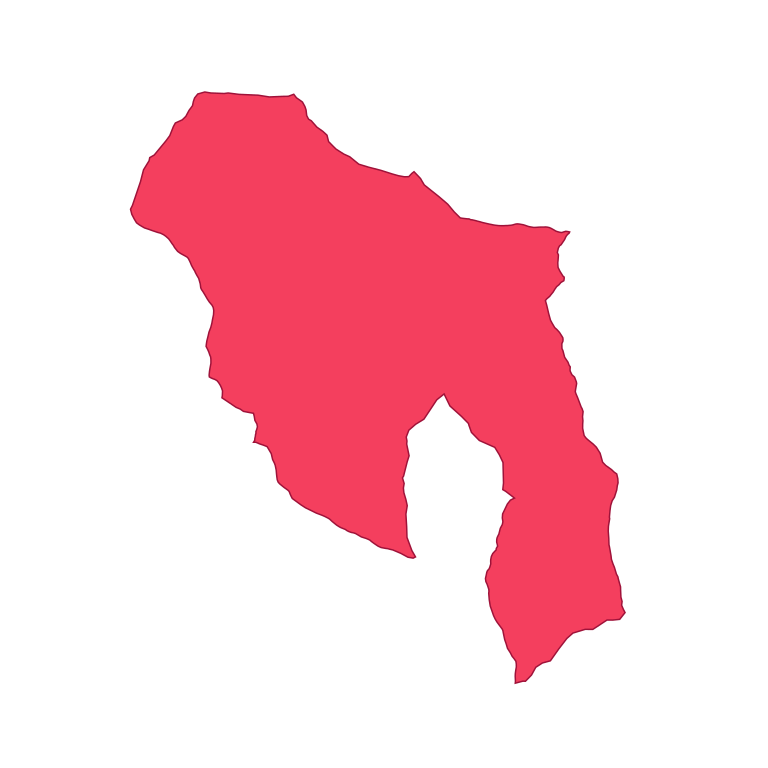 the district of Shapa, Paro, Bhutan, rotated 283°
{"feature_id": "84629894B81058268948150", "entity_name": "Shapa", "entity_type": "district", "adm_level": 2, "iso_a3": "BTN", "parent_name": "Bhutan", "parent_adm1": "Paro", "projection": "natural_earth1", "projection_center": [89.46, 27.36], "detail": "fine", "context": "isolated", "style": "filled", "palette": "rose", "viewbox_px": 768, "rotation_deg": 283, "n_neighbors": 0, "source": "geoboundaries", "source_scale": "gbopen_adm2", "svg_char_len": 6156}
<svg xmlns="http://www.w3.org/2000/svg" viewBox="0 0 768 768"><g transform="rotate(283 384 384)"><path d="M597.6,365.5L595.4,363.7L591.6,361.5L590.5,357.3L590.2,351.3L590.5,344.9L591.5,332.7L591.8,320.2L592.5,310.0L597.7,299.5L599.0,293.1L602.1,284.4L604.2,281.0L607.7,275.5L613.6,272.5L616.4,267.6L619.2,260.8L624.1,254.0L625.1,250.9L628.2,248.3L633.5,246.4L636.6,244.5L640.4,241.1L643.2,234.3L646.0,230.9L642.8,226.0L641.4,220.4L637.9,207.7L637.1,196.4L635.7,188.9L633.6,177.6L632.5,166.7L631.1,162.9L628.6,149.8L628.2,143.7L624.7,137.3L620.1,135.1L616.6,134.7L612.1,134.8L606.8,132.5L600.2,130.7L596.0,128.0L591.4,122.0L587.6,120.9L577.8,119.4L571.8,116.8L560.6,111.2L555.4,108.6L551.9,104.8L548.7,104.9L538.6,101.5L526.3,101.2L512.3,99.8L501.4,98.7L497.3,97.7L492.6,100.1L488.6,103.5L485.4,106.6L484.0,109.8L483.0,112.9L482.2,115.5L481.8,120.1L481.4,123.2L480.8,129.2L480.7,132.3L479.9,135.6L478.9,138.1L477.1,141.4L475.6,143.2L473.0,146.0L471.6,147.7L469.9,149.2L466.8,153.1L465.5,156.2L464.7,159.0L463.9,161.9L463.3,163.7L462.3,165.1L460.5,166.6L458.5,168.2L456.6,169.5L455.3,170.6L453.1,172.6L451.4,174.3L450.2,175.1L447.5,177.5L445.2,179.7L440.3,182.4L436.5,183.8L434.9,185.0L433.4,186.7L430.0,190.0L426.9,192.9L424.4,195.6L422.1,198.7L420.1,200.4L417.2,201.6L413.1,202.3L408.1,202.4L404.7,202.6L400.3,202.5L395.2,201.8L391.1,201.8L386.0,201.7L383.3,201.9L380.6,202.2L378.0,204.4L375.6,206.2L373.1,207.7L371.5,208.9L369.4,209.7L367.4,210.2L365.2,210.7L360.5,210.9L357.2,211.1L353.3,211.6L351.6,212.2L351.0,214.2L350.7,215.8L350.4,218.2L349.7,220.5L348.2,222.5L345.9,224.8L343.6,226.6L341.0,228.2L338.9,228.6L336.2,229.1L334.1,229.2L330.7,238.1L328.0,245.1L327.2,249.6L325.7,253.2L325.9,259.1L326.1,263.4L323.4,264.8L319.5,266.4L316.4,269.2L313.8,270.3L311.1,270.2L308.8,269.9L307.3,270.3L305.6,270.2L304.2,270.4L302.0,270.4L300.0,270.7L297.9,270.0L298.4,272.2L298.0,274.6L297.7,276.0L297.3,280.2L296.7,284.2L292.9,287.8L290.8,289.8L285.3,292.5L282.4,294.9L280.3,296.3L275.9,298.3L272.5,299.4L269.6,300.4L266.7,301.5L264.5,303.0L263.2,304.9L261.8,307.7L260.6,310.2L259.8,312.2L258.8,314.5L257.9,315.8L255.1,317.7L253.2,319.2L251.8,320.4L247.6,330.2L245.7,335.4L244.1,342.4L243.0,347.0L242.2,353.0L241.6,356.2L240.7,359.8L240.1,361.5L238.4,364.4L237.3,366.6L235.8,369.7L234.7,372.9L234.3,374.5L233.6,379.0L232.8,380.9L232.3,383.0L232.0,385.5L232.1,387.7L231.9,389.9L231.2,392.2L229.9,396.3L229.5,401.3L229.1,403.7L228.7,405.4L227.7,407.2L226.4,410.2L224.7,414.6L224.0,417.9L224.2,422.8L224.4,424.6L224.3,427.0L224.3,429.9L222.8,438.3L220.6,446.3L220.9,451.6L222.6,453.6L228.0,448.6L239.7,440.9L250.0,438.2L262.2,434.6L270.7,434.0L276.4,431.3L282.6,427.8L287.0,426.3L291.6,426.0L296.7,423.1L298.7,423.8L313.3,424.1L319.7,424.6L330.6,419.6L333.6,419.2L337.3,417.6L344.6,418.6L351.9,423.9L358.7,430.8L380.5,439.0L387.8,444.8L377.4,453.2L369.8,466.9L364.5,475.2L363.1,475.9L356.5,480.1L350.4,489.6L347.2,506.2L341.0,512.3L334.3,517.6L314.4,522.7L307.8,523.5L306.8,526.7L302.2,536.8L299.3,533.3L294.8,531.2L284.1,528.8L280.1,529.4L276.6,530.8L273.7,530.9L269.6,529.8L265.1,529.7L263.7,529.7L261.7,529.2L259.8,528.8L258.0,528.8L255.4,529.3L253.1,530.5L251.5,531.2L249.1,530.4L247.6,530.6L245.8,529.5L243.3,528.1L240.1,527.4L236.9,527.5L235.3,527.8L232.7,528.5L229.6,528.3L227.6,528.0L225.4,526.8L223.7,526.5L220.5,526.6L217.3,526.6L214.4,527.7L212.1,529.5L210.2,530.7L207.5,532.3L205.6,532.9L203.7,533.1L197.4,535.1L191.5,537.5L182.9,542.9L180.0,545.2L177.5,547.6L175.7,549.7L171.8,554.3L170.5,555.3L168.4,556.2L162.1,559.1L158.3,561.5L154.2,563.8L150.5,567.6L147.5,570.1L145.9,572.2L143.5,574.9L140.9,575.9L138.0,576.6L134.3,576.8L131.3,577.1L128.7,577.6L124.1,578.9L122.0,579.2L125.7,586.2L126.2,588.7L133.6,593.2L142.1,595.6L147.8,601.1L151.7,608.4L165.2,613.9L177.2,619.4L183.8,624.1L190.2,635.2L191.9,642.7L204.2,654.4L205.4,659.9L207.7,666.6L215.5,670.3L218.3,667.9L221.9,665.3L225.7,664.9L229.6,662.8L236.8,660.8L239.6,660.1L241.7,658.9L247.1,656.0L248.7,655.3L251.1,653.2L257.1,649.8L260.2,647.6L264.4,645.0L267.8,643.8L272.6,641.8L276.3,640.2L277.9,639.4L284.3,637.7L291.1,635.6L295.8,634.7L298.3,634.5L303.5,634.2L304.9,633.6L311.3,632.7L316.6,632.2L321.6,632.6L325.5,634.0L333.1,634.6L337.4,634.2L340.3,634.3L344.4,633.1L348.7,631.0L349.9,628.1L351.8,624.9L352.6,623.0L354.5,618.4L357.0,614.6L362.7,611.5L365.2,610.1L370.2,605.1L372.6,601.2L373.7,598.9L375.9,594.5L377.0,592.7L378.8,590.6L381.2,589.5L382.9,588.7L385.6,587.5L389.7,586.6L392.9,586.1L394.7,585.5L396.8,584.8L401.9,584.2L404.6,582.5L405.9,581.3L414.0,575.9L418.0,573.0L419.6,572.1L422.0,571.9L427.8,571.6L429.4,570.9L433.6,568.1L435.3,565.0L438.2,562.7L439.5,562.1L442.6,561.6L444.0,560.1L446.6,558.4L450.7,554.0L456.8,550.8L458.6,549.4L463.3,548.2L465.9,548.7L467.3,548.5L469.2,547.9L470.5,546.7L473.8,543.3L475.7,540.6L477.4,537.6L481.1,534.1L483.6,531.9L489.5,528.7L496.0,525.5L497.6,524.7L501.6,522.5L503.4,523.3L506.8,525.8L508.6,526.6L511.6,528.1L514.4,529.0L517.7,530.3L520.1,532.2L522.7,533.5L525.1,536.0L527.0,535.9L528.7,535.5L529.4,534.1L533.4,530.1L536.7,527.4L539.6,526.5L541.5,526.0L543.4,525.8L546.1,525.4L549.0,524.9L551.1,523.3L553.8,523.3L555.7,523.3L558.2,524.0L559.5,525.2L564.1,527.0L565.5,527.5L568.5,528.1L570.0,528.7L571.4,529.5L572.5,530.4L573.9,530.7L573.9,528.9L573.7,526.8L572.7,525.0L571.6,523.2L571.4,521.6L571.4,520.1L571.5,518.5L571.7,516.8L572.3,515.1L572.8,513.4L573.3,511.6L573.6,509.9L573.6,508.1L573.4,506.3L572.9,504.6L572.5,502.9L572.1,501.2L571.6,499.4L571.1,497.8L570.6,496.1L570.2,494.3L570.1,492.5L570.0,490.8L570.0,489.0L570.2,487.2L570.4,485.4L570.5,483.6L570.4,481.8L570.3,480.0L570.1,478.3L569.6,476.6L568.8,475.1L567.9,473.5L567.2,471.9L566.7,470.2L566.1,468.5L565.7,466.8L565.2,465.1L564.8,463.4L564.4,461.6L564.1,459.9L563.9,458.1L563.7,456.3L563.6,454.6L563.6,452.8L563.5,451.0L563.5,449.2L563.5,447.4L563.5,445.6L563.5,443.8L563.6,442.0L563.7,440.3L563.7,438.5L563.8,436.7L563.8,434.9L563.8,433.1L563.6,431.4L564.0,429.8L563.7,428.3L563.1,423.0L563.0,420.9L567.4,413.8L573.5,405.7L579.0,395.2L583.3,386.2L587.0,378.5L590.1,375.5L592.4,373.4L594.4,370.4L597.6,365.5Z" fill="#f43f5e" stroke="#9f1239" stroke-width="1.5"/></g></svg>